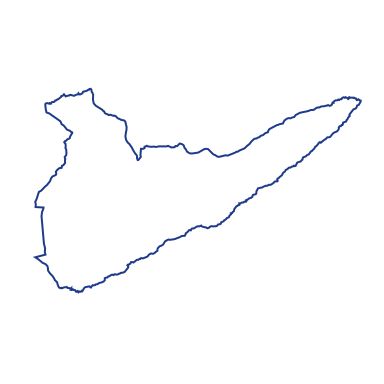 Água Clara, Mato Grosso do Sul, Brazil (Albers equal-area conic projection), rotated 277°
{"feature_id": "56859067B67958328223895", "entity_name": "Água Clara", "entity_type": "district", "adm_level": 2, "iso_a3": "BRA", "parent_name": "Brazil", "parent_adm1": "Mato Grosso do Sul", "projection": "albers", "projection_center": [-52.844, -20.147], "detail": "fine", "context": "isolated", "style": "outline", "palette": "blue", "viewbox_px": 384, "rotation_deg": 277, "n_neighbors": 0, "source": "geoboundaries", "source_scale": "gbopen_adm2", "svg_char_len": 5953}
<svg xmlns="http://www.w3.org/2000/svg" viewBox="0 0 384 384"><g transform="rotate(277 192 192)"><path d="M262.2,36.3L261.4,35.7L260.5,35.8L256.1,36.8L253.2,37.9L252.6,40.7L246.2,52.7L243.5,54.3L242.3,56.6L238.7,60.3L237.9,63.3L236.9,64.7L236.8,65.5L236.2,66.0L232.3,64.3L230.6,64.1L230.0,63.6L229.1,61.8L227.6,60.9L226.9,59.6L225.9,59.1L225.1,59.7L224.6,60.5L222.0,61.1L220.3,61.0L219.0,61.9L215.0,62.7L213.1,62.6L211.3,61.4L210.4,61.6L209.5,62.2L208.3,62.0L205.3,62.5L202.9,61.0L202.1,59.7L200.2,59.7L199.7,58.9L199.9,58.3L199.0,56.8L196.9,55.1L195.4,54.4L193.4,55.1L192.4,54.8L190.2,51.4L188.6,50.6L185.3,49.7L181.1,47.1L179.2,45.3L175.0,42.2L173.4,40.0L166.0,38.6L163.0,37.6L161.1,38.4L158.0,38.6L158.5,46.5L157.2,46.5L153.9,45.6L149.7,45.6L122.8,51.3L118.0,53.1L114.5,53.2L112.0,54.2L108.1,44.4L106.7,47.3L103.5,52.4L102.5,55.5L100.9,57.5L98.5,58.4L96.9,58.5L95.7,59.3L93.4,61.5L91.9,63.5L89.8,65.4L87.8,66.7L86.0,69.1L83.8,69.9L81.1,71.5L80.5,73.1L81.0,74.0L80.6,74.7L81.9,76.8L82.1,78.8L82.5,79.3L81.6,80.3L81.7,81.7L81.2,83.1L81.7,83.6L80.1,83.4L80.0,84.2L80.2,84.8L81.0,85.5L80.4,85.9L80.4,87.8L78.9,89.0L79.0,89.9L79.6,90.0L79.9,90.6L78.6,91.6L79.6,92.6L79.4,93.3L79.7,94.2L80.4,94.5L80.1,95.2L83.1,96.5L84.1,97.1L84.6,97.9L85.8,101.4L85.6,102.1L85.0,102.6L84.9,103.4L86.2,103.9L87.4,104.9L87.3,105.6L87.9,107.3L88.5,107.6L89.1,109.6L90.3,110.8L91.5,113.9L92.6,115.4L93.8,116.2L95.7,115.9L96.4,116.7L96.7,118.2L98.1,119.3L98.3,120.2L99.9,122.0L100.3,123.0L99.9,124.2L101.0,125.4L100.8,127.2L101.4,129.0L102.0,129.4L102.5,130.8L103.1,131.2L103.4,132.9L104.5,134.9L109.1,137.8L110.6,137.8L111.3,136.8L112.0,137.1L112.3,138.0L113.4,139.6L114.9,139.9L115.2,141.7L114.9,142.5L118.0,145.6L118.2,147.1L119.3,148.1L119.2,148.8L119.9,149.2L120.3,150.0L120.1,151.4L122.5,155.7L124.5,156.8L126.0,158.8L125.9,160.6L126.3,161.6L127.4,162.8L128.2,163.3L129.3,164.8L131.9,164.8L134.2,166.5L135.2,168.5L136.4,169.8L139.8,171.3L140.6,172.6L141.3,173.2L142.0,174.7L141.8,175.8L143.1,180.5L145.8,185.5L147.1,187.2L147.6,190.1L149.5,190.9L150.2,190.8L151.6,192.3L153.9,193.9L153.8,195.5L155.3,196.0L155.8,196.5L156.0,198.1L158.5,201.3L158.9,203.7L159.8,205.2L159.1,205.8L158.6,208.2L158.6,210.2L157.9,211.6L158.6,213.3L159.5,213.8L160.5,215.4L160.4,217.2L161.2,220.7L163.0,221.9L163.5,223.8L164.1,224.5L165.5,224.7L166.8,227.0L167.9,227.4L168.8,228.8L170.4,229.8L171.4,231.7L173.1,232.1L174.6,233.4L175.6,233.1L176.0,234.4L176.8,234.6L178.1,235.9L180.0,236.0L183.2,237.8L183.8,238.9L184.5,239.3L185.0,240.6L186.5,240.3L186.4,241.2L187.6,242.7L187.9,244.4L188.6,244.9L189.0,246.0L188.9,246.7L189.4,247.0L189.9,246.5L190.8,246.9L190.9,247.8L192.8,249.7L193.4,251.3L194.5,252.5L196.0,252.6L196.7,253.1L197.5,255.4L198.1,255.9L200.6,255.9L203.7,257.1L205.2,261.4L205.9,262.1L207.3,264.7L207.3,265.8L208.6,267.6L208.6,268.9L209.0,269.6L211.0,271.9L212.2,272.6L212.7,273.4L212.9,275.2L213.5,275.7L214.9,275.0L215.6,275.2L216.7,276.6L217.4,277.0L219.6,279.2L222.0,280.0L223.8,281.8L225.2,282.3L226.5,284.1L227.9,285.1L228.2,286.7L229.3,287.9L229.8,289.4L230.6,289.9L230.2,290.9L230.6,291.7L233.7,292.7L234.3,293.3L235.6,296.2L236.5,296.6L237.6,297.7L239.4,297.8L240.0,298.2L241.3,300.7L242.7,301.7L243.6,303.4L246.8,305.1L247.2,305.9L250.4,308.3L251.9,308.7L252.2,309.3L253.8,310.6L256.8,312.3L257.1,312.9L256.6,313.8L258.9,315.9L261.1,318.5L262.7,319.6L263.1,321.7L263.5,322.4L267.1,324.6L268.3,325.8L269.7,328.4L271.7,329.8L273.0,330.0L273.7,329.8L275.2,330.4L275.5,331.7L276.8,332.4L276.8,333.1L277.7,333.5L279.3,333.5L280.7,336.3L282.4,336.7L282.9,337.4L284.8,337.8L286.7,339.3L287.5,338.8L288.4,339.0L293.4,342.0L294.0,342.6L294.8,344.3L296.3,345.1L298.0,345.4L298.8,346.9L302.1,348.3L303.3,348.3L303.4,347.0L304.0,346.5L304.3,345.7L303.6,345.1L303.3,344.3L304.9,343.2L304.9,341.8L305.4,341.2L305.1,340.7L305.2,339.4L304.9,337.9L305.3,336.5L304.5,335.8L303.9,336.2L303.3,335.7L304.2,334.7L304.8,332.8L304.1,332.2L304.5,331.1L303.8,329.7L302.4,329.1L302.1,327.8L301.2,326.8L301.6,326.1L300.6,324.8L300.5,323.4L299.9,322.6L298.6,321.3L297.8,321.6L297.8,320.8L297.3,320.4L295.7,320.2L294.5,318.8L294.3,318.1L294.8,316.7L294.6,315.9L294.1,315.4L294.1,314.7L293.3,313.0L292.7,310.0L291.3,307.8L291.4,306.9L290.6,305.2L288.3,302.7L287.8,299.8L286.5,297.5L283.8,289.5L281.0,285.5L279.0,284.4L278.0,282.1L277.1,280.7L277.1,278.8L276.2,277.1L274.2,275.0L271.1,273.9L269.8,270.2L269.0,269.2L268.8,268.2L263.9,261.2L262.2,260.3L260.5,260.0L259.4,257.6L257.2,255.6L256.0,253.2L254.8,252.4L254.1,250.9L253.0,249.5L252.4,247.4L249.5,244.9L246.4,243.0L244.8,241.3L241.7,238.8L238.9,234.0L237.6,232.5L237.4,231.3L236.2,229.8L232.5,223.0L232.5,220.7L230.2,214.7L230.2,213.0L231.5,210.3L232.0,208.5L236.5,202.8L236.6,200.6L236.0,198.9L231.9,193.4L230.4,188.1L230.1,186.2L230.2,184.8L231.5,182.1L233.5,180.8L234.8,179.3L237.2,178.1L237.7,177.5L238.4,175.7L238.6,173.9L235.7,171.6L235.6,170.0L234.3,169.2L234.0,167.5L233.7,166.1L234.9,162.6L234.2,161.3L233.3,153.9L232.3,150.6L232.4,148.2L231.9,146.6L231.9,142.4L232.4,141.6L231.5,140.4L231.2,139.4L229.7,139.5L228.8,138.0L228.7,136.1L222.6,136.3L220.6,136.9L217.3,134.9L217.1,134.2L219.1,133.2L220.7,133.2L222.0,132.4L223.4,130.8L226.3,128.5L228.5,127.1L232.2,123.8L233.3,122.1L235.8,120.2L239.1,119.1L244.1,119.2L244.8,119.4L248.4,119.2L253.8,117.2L254.7,116.0L255.1,112.4L255.8,111.0L255.8,110.1L256.4,108.9L257.9,107.2L258.4,105.8L258.0,105.0L258.7,101.5L258.2,99.9L258.9,98.6L259.3,96.7L259.8,95.8L261.3,95.0L261.5,94.2L262.8,92.7L265.8,86.2L267.9,83.7L271.7,82.4L276.3,82.1L278.4,81.0L279.3,80.2L281.0,79.8L282.1,78.9L281.7,77.6L280.9,77.3L280.7,76.4L279.6,75.2L278.2,71.6L276.7,71.3L275.1,68.9L275.2,68.3L276.2,67.3L275.0,66.9L274.5,65.3L273.1,63.2L273.6,59.5L273.3,58.6L272.8,58.3L271.9,55.5L271.5,55.0L273.4,53.0L271.6,51.8L271.4,50.7L270.5,50.5L267.6,47.7L267.6,47.1L266.3,45.9L266.2,45.1L264.7,44.3L264.0,41.8L262.4,41.1L262.9,39.8L262.2,39.4L262.6,37.7L262.2,36.3Z" fill="none" stroke="#1e3a8a" stroke-width="2"/></g></svg>